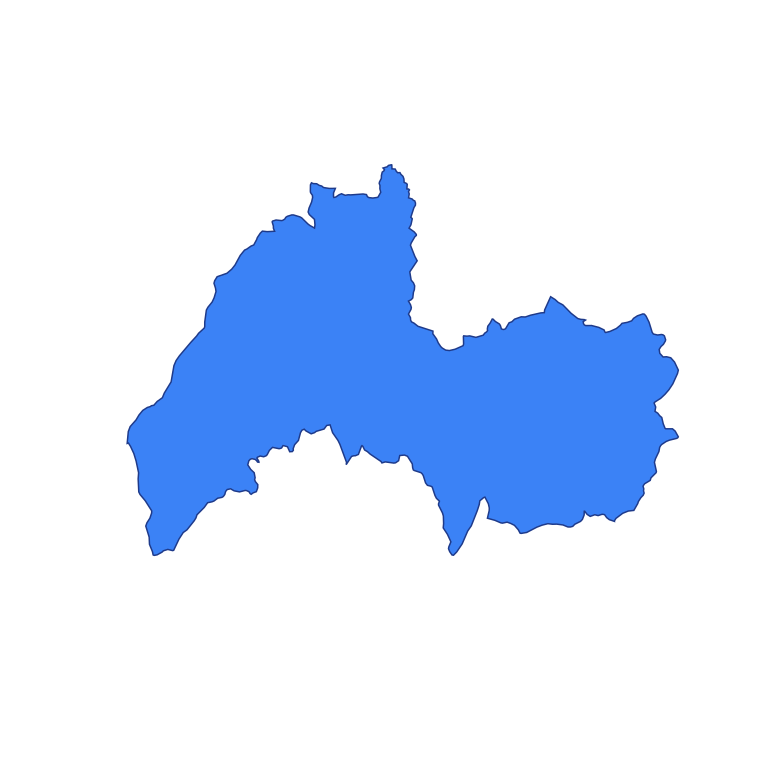 Van Ho, Son La, Vietnam, rotated 248°
{"feature_id": "81297802B72197288944143", "entity_name": "Van Ho", "entity_type": "district", "adm_level": 2, "iso_a3": "VNM", "parent_name": "Vietnam", "parent_adm1": "Son La", "projection": "mercator", "projection_center": [104.865, 20.809], "detail": "fine", "context": "isolated", "style": "filled", "palette": "blue", "viewbox_px": 768, "rotation_deg": 248, "n_neighbors": 0, "source": "geoboundaries", "source_scale": "gbopen_adm2", "svg_char_len": 6171}
<svg xmlns="http://www.w3.org/2000/svg" viewBox="0 0 768 768"><g transform="rotate(248 384 384)"><path d="M425.1,123.6L425.0,124.9L421.2,125.6L413.3,126.0L405.4,125.3L393.6,123.2L388.1,120.5L375.8,116.2L373.0,116.4L365.2,118.9L353.4,121.1L351.4,120.2L347.3,116.7L344.1,112.2L341.5,109.9L330.0,108.9L323.2,106.5L315.2,106.5L312.0,105.9L311.2,106.7L310.6,109.6L311.3,115.4L312.0,117.0L311.6,121.6L308.7,125.6L308.6,126.7L317.0,135.8L321.5,142.2L322.6,146.7L328.3,156.8L330.3,159.5L332.8,161.6L336.9,171.1L340.0,176.0L339.2,180.4L339.2,182.6L340.4,187.0L339.6,191.3L339.9,192.9L341.2,195.0L343.7,196.9L344.9,199.1L344.3,202.5L341.1,205.0L338.1,209.6L337.3,215.5L336.6,216.7L334.7,218.5L332.6,218.8L331.5,219.5L332.1,222.0L332.0,225.3L335.0,228.0L338.0,229.3L341.6,228.2L343.7,228.2L345.4,229.4L350.4,230.4L354.8,228.4L360.1,227.4L363.4,229.9L364.3,231.8L364.2,233.6L362.4,236.2L360.8,237.1L359.0,237.5L358.3,238.7L359.3,239.0L362.9,238.4L363.5,239.2L363.6,242.2L361.6,245.2L361.6,247.9L362.2,249.2L365.4,252.9L367.0,256.9L363.3,262.5L363.0,264.4L363.2,265.3L364.7,267.3L364.3,268.0L362.0,271.0L356.5,271.2L355.7,273.7L356.5,275.1L358.1,275.6L361.2,278.4L363.7,283.5L370.1,288.3L371.9,290.6L372.0,293.1L369.8,294.0L365.1,297.8L364.9,301.4L365.5,303.4L364.7,311.6L367.0,315.3L366.3,318.7L358.1,318.1L348.9,320.2L344.6,320.5L325.4,319.9L323.4,318.7L329.0,326.8L328.8,329.0L328.2,330.7L328.3,333.9L334.8,339.8L335.1,340.5L334.2,341.0L330.1,341.3L327.5,343.3L324.2,344.9L313.3,352.2L311.6,352.5L311.3,356.0L307.0,363.5L306.6,365.2L307.4,368.8L311.8,371.8L310.4,376.4L308.2,378.7L299.4,380.3L295.6,379.2L293.4,379.0L292.5,379.6L288.0,385.0L286.6,385.7L284.4,386.1L276.8,385.5L273.8,386.3L271.6,389.3L270.4,390.1L261.6,389.5L258.3,389.8L254.6,391.5L252.4,389.6L251.2,389.2L242.6,389.9L239.4,389.6L232.3,387.0L228.4,385.0L220.9,386.5L212.6,386.9L208.6,383.0L207.1,382.1L203.9,382.1L200.0,383.0L199.2,384.3L201.1,388.6L206.5,396.6L216.3,406.5L219.8,411.8L231.6,423.0L236.5,427.1L239.8,429.1L241.3,433.7L241.3,435.2L233.9,435.9L229.7,435.2L227.2,434.1L220.8,429.6L216.1,435.7L211.4,440.4L210.6,441.8L209.8,446.4L207.3,449.2L204.1,452.0L198.6,453.9L194.7,454.3L194.1,455.2L192.9,460.7L194.0,472.1L193.9,477.7L193.1,483.6L190.8,487.8L189.4,491.6L186.3,497.1L182.6,500.9L181.6,503.2L181.3,505.7L182.5,508.4L183.0,514.8L184.1,517.2L187.6,520.5L191.0,522.0L190.9,522.4L187.0,523.5L184.0,525.6L183.8,530.5L181.8,533.2L181.5,537.4L180.6,539.1L180.1,539.6L176.7,540.4L173.8,542.1L170.3,546.2L170.7,546.3L172.5,548.7L174.7,556.9L174.7,562.9L173.2,568.3L178.1,574.5L179.7,575.8L182.4,579.6L183.8,582.7L185.4,584.3L187.7,584.6L189.5,585.6L192.2,585.9L193.3,587.3L193.9,588.4L194.9,594.7L197.0,596.4L199.8,603.0L200.8,603.8L210.1,605.4L212.9,607.6L218.4,613.6L221.9,615.8L223.2,617.4L223.9,618.8L225.0,624.1L225.0,627.7L223.9,635.2L224.2,636.4L224.8,637.1L231.3,636.3L234.4,634.7L236.9,628.5L237.6,628.0L242.5,628.0L248.9,629.0L251.4,627.7L254.4,626.9L257.1,625.0L260.9,627.3L265.2,627.3L265.8,628.5L267.1,635.3L269.3,640.9L272.0,646.1L275.9,651.8L283.7,660.0L286.6,662.1L295.5,661.6L300.9,659.7L303.4,656.2L304.5,652.9L309.1,651.2L313.0,652.1L315.0,654.9L316.1,657.9L318.4,660.9L319.5,661.7L323.6,662.0L325.2,661.0L326.0,659.7L326.9,656.1L329.4,652.5L331.5,652.0L342.0,652.9L348.8,652.4L351.2,651.6L352.0,650.3L352.3,644.5L351.4,640.0L349.8,637.3L350.0,632.8L351.1,627.4L349.9,625.1L348.4,620.2L348.1,613.2L348.7,608.8L349.5,608.3L351.7,608.3L356.0,604.4L360.5,598.3L362.6,592.9L363.7,591.9L365.2,591.6L367.2,592.0L367.8,594.8L368.7,593.8L370.2,590.7L372.1,588.2L379.6,583.9L390.3,579.5L394.4,576.1L398.2,574.3L402.5,571.2L392.5,560.7L390.1,559.4L391.2,556.0L392.9,545.6L393.2,540.1L394.9,536.4L395.2,529.3L393.8,525.9L393.9,522.9L389.7,517.4L389.6,516.0L389.9,514.9L391.1,513.5L394.6,513.8L396.4,513.5L400.2,510.7L403.3,509.4L403.7,508.7L400.7,505.2L398.7,501.9L396.3,500.4L394.8,500.1L393.9,498.7L393.4,496.4L392.1,494.3L392.8,486.7L396.5,481.5L397.3,478.8L398.8,475.9L398.3,475.4L391.3,472.8L389.9,471.7L389.6,463.0L390.5,457.2L392.3,453.9L395.5,451.5L397.5,450.6L401.9,449.7L406.0,449.6L412.3,448.1L414.7,449.2L424.8,437.1L429.1,434.7L431.3,432.8L433.2,432.6L435.7,433.4L439.7,432.9L443.1,437.0L444.7,438.0L447.6,438.3L451.7,437.7L452.0,440.9L453.0,442.9L458.1,445.7L460.1,447.5L463.5,449.2L466.7,449.2L470.2,448.1L478.3,449.9L485.8,460.9L490.7,460.4L502.8,460.5L504.6,462.1L509.0,467.8L509.6,469.6L510.6,470.0L513.7,469.0L519.1,465.6L521.5,468.6L526.3,471.9L526.9,472.1L528.5,471.3L536.3,477.8L538.0,480.1L540.0,481.0L542.3,481.1L543.2,480.1L545.0,479.4L547.4,476.5L550.8,478.6L553.2,478.8L554.4,480.3L555.5,479.9L556.3,478.3L560.4,480.3L561.4,480.1L563.4,478.2L566.7,479.3L569.4,479.4L572.1,478.2L574.0,478.0L574.8,475.8L576.6,475.1L579.1,474.9L580.5,472.0L584.2,473.3L584.5,473.0L585.0,470.0L584.2,468.4L584.6,464.0L582.5,464.7L581.7,463.8L581.1,461.7L578.3,459.7L575.7,458.6L573.0,455.5L571.8,454.7L569.5,454.6L566.5,453.3L563.0,452.8L559.6,448.6L559.5,447.7L560.6,443.3L562.5,439.8L563.9,438.8L566.2,438.7L568.0,435.8L571.8,424.0L572.9,421.6L573.5,418.7L576.3,415.9L576.3,413.3L575.4,409.3L575.7,407.4L576.7,407.4L580.1,408.8L583.6,412.2L585.9,406.4L588.1,402.7L588.9,401.5L590.9,400.4L592.5,398.3L594.9,396.6L596.3,393.5L597.7,392.1L596.2,390.4L590.3,387.9L589.0,387.6L585.8,388.3L583.7,387.7L579.8,385.0L575.2,380.4L571.9,378.1L569.1,378.2L562.7,381.2L557.4,379.6L554.6,378.0L558.7,374.7L560.9,373.4L568.9,369.9L570.5,368.6L574.6,363.5L575.3,361.9L575.7,357.2L575.3,355.3L574.1,353.8L573.7,351.4L573.8,350.4L576.5,345.3L576.8,341.7L576.2,341.0L571.9,340.6L569.9,339.8L566.6,339.8L569.0,332.8L571.3,328.5L570.2,325.8L567.2,321.4L565.6,320.0L561.7,315.3L561.7,312.4L560.5,307.3L560.4,304.9L557.1,298.9L550.1,290.4L547.5,285.8L545.5,279.9L546.0,269.5L543.2,265.7L541.1,264.1L536.1,263.7L532.7,262.9L527.6,258.8L524.4,255.4L521.2,249.6L519.1,247.0L508.6,241.0L504.4,239.3L503.2,238.3L500.5,231.1L498.7,228.3L495.0,220.5L486.8,204.9L483.6,200.0L479.7,196.1L465.7,187.4L457.9,176.9L454.3,173.4L452.8,167.2L450.5,162.6L451.0,160.2L450.6,158.8L450.9,155.8L449.9,150.5L447.1,145.3L443.6,140.7L439.6,132.7L435.7,129.1L425.1,123.6Z" fill="#3b82f6" stroke="#1e3a8a" stroke-width="1.5"/></g></svg>